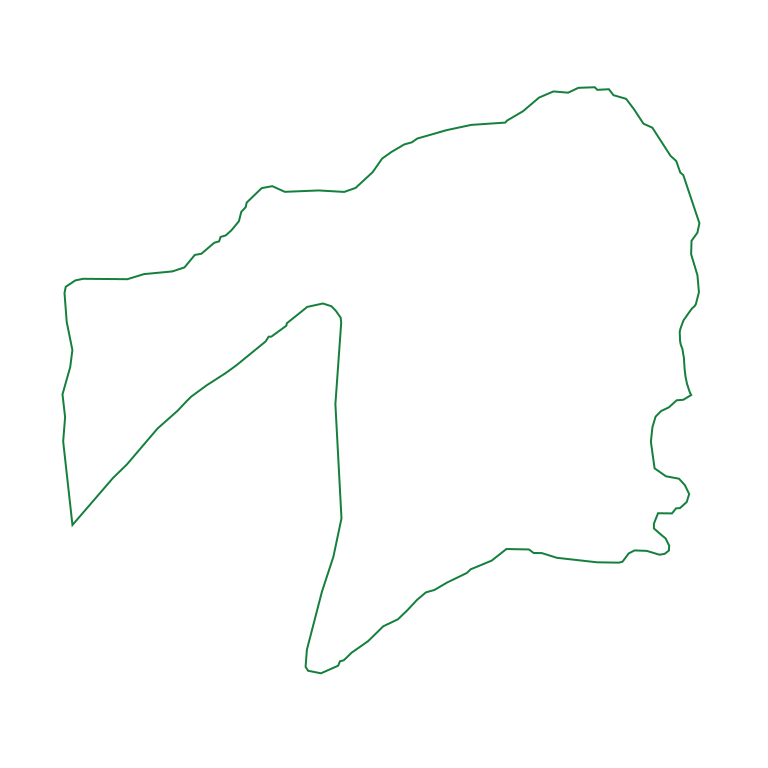 Usumatlán, Zacapa, Guatemala (Robinson projection), rotated 267°
{"feature_id": "79465075B70422154839704", "entity_name": "Usumatlán", "entity_type": "district", "adm_level": 2, "iso_a3": "GTM", "parent_name": "Guatemala", "parent_adm1": "Zacapa", "projection": "robinson", "projection_center": [-89.805, 15.005], "detail": "fine", "context": "isolated", "style": "outline", "palette": "green", "viewbox_px": 768, "rotation_deg": 267, "n_neighbors": 0, "source": "geoboundaries", "source_scale": "gbopen_adm2", "svg_char_len": 2218}
<svg xmlns="http://www.w3.org/2000/svg" viewBox="0 0 768 768"><g transform="rotate(267 384 384)"><path d="M645.5,647.9L656.1,640.7L660.4,628.3L666.6,624.0L666.6,612.4L669.3,610.0L669.6,593.7L665.3,583.1L667.3,568.5L661.9,553.8L649.2,537.2L640.7,520.8L638.7,518.7L638.2,484.8L634.2,459.6L627.4,430.1L623.9,424.5L622.2,416.8L615.3,403.5L609.2,393.9L596.2,383.8L581.3,365.9L577.9,354.3L580.7,328.9L581.1,295.0L587.4,282.8L586.0,272.1L572.4,256.4L567.8,255.1L563.4,250.5L554.1,247.6L545.6,239.8L540.7,233.8L539.4,228.5L535.1,226.8L533.9,221.8L523.6,208.4L522.8,201.8L510.9,190.9L507.5,178.5L506.3,150.0L502.1,133.2L504.8,89.0L503.6,81.2L497.8,71.3L491.7,69.7L462.6,70.4L434.2,74.6L417.2,71.5L390.5,62.4L367.5,63.8L343.4,60.6L259.5,65.5L304.3,108.4L317.1,123.0L351.3,155.4L368.2,176.6L377.1,185.9L381.4,190.7L391.9,206.7L403.3,226.6L410.5,237.7L432.7,268.0L437.3,271.3L437.2,274.0L447.4,289.6L449.7,290.1L465.0,311.4L467.6,327.2L464.4,335.6L459.8,339.6L452.5,344.2L447.7,344.5L366.4,334.4L252.0,334.5L214.1,324.4L180.0,311.2L122.7,293.1L105.7,290.9L101.6,293.2L98.4,305.9L105.1,323.5L109.4,325.5L110.2,329.4L117.4,337.6L128.0,354.6L142.1,370.6L148.3,385.6L153.0,391.0L156.3,394.9L166.8,405.8L173.7,414.9L175.7,423.6L182.5,436.7L191.0,456.9L194.4,460.8L202.0,482.3L212.8,497.6L211.2,520.1L207.4,524.6L206.9,532.7L201.4,547.5L194.8,587.4L193.3,609.3L194.1,612.9L202.0,619.5L204.7,625.5L203.6,637.6L199.1,650.2L199.7,655.4L202.8,659.8L207.6,660.3L215.1,657.1L218.6,653.2L225.6,646.0L230.4,646.2L240.6,650.9L239.7,664.8L244.5,669.1L244.6,673.1L250.3,680.1L258.1,683.0L267.2,679.2L274.0,673.6L277.1,660.7L285.6,649.8L312.4,647.5L326.8,649.8L337.2,653.5L342.5,659.3L345.8,667.3L352.4,675.4L352.6,682.1L356.9,690.2L359.7,689.0L362.3,688.2L364.6,687.6L368.4,686.6L375.4,685.5L382.4,685.0L389.0,684.9L394.2,684.9L398.1,684.4L403.1,683.9L407.9,682.4L410.7,682.0L413.3,681.9L415.7,682.0L417.9,682.0L420.2,682.0L423.1,682.7L426.1,683.9L430.2,685.7L432.2,686.6L434.6,688.6L437.9,691.1L443.2,695.4L445.4,698.2L447.4,699.6L459.1,703.3L476.2,702.7L497.5,697.5L510.9,698.6L518.7,704.9L528.0,707.4L577.0,693.8L579.7,690.9L591.4,687.5L596.8,682.1L625.9,665.4L630.4,656.7L645.5,647.9Z" fill="none" stroke="#15803d" stroke-width="2"/></g></svg>